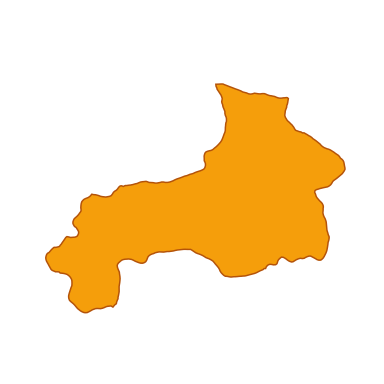 outline of VIII-2 Lower Potaro/Ladsm, Potaro-Siparuni, Guyana, rotated 261°
{"feature_id": "73187651B19999842805850", "entity_name": "VIII-2 Lower Potaro/Ladsm", "entity_type": "district", "adm_level": 2, "iso_a3": "GUY", "parent_name": "Guyana", "parent_adm1": "Potaro-Siparuni", "projection": "robinson", "projection_center": [-59.037, 4.863], "detail": "fine", "context": "isolated", "style": "filled", "palette": "amber", "viewbox_px": 384, "rotation_deg": 261, "n_neighbors": 0, "source": "geoboundaries", "source_scale": "gbopen_adm2", "svg_char_len": 6029}
<svg xmlns="http://www.w3.org/2000/svg" viewBox="0 0 384 384"><g transform="rotate(261 192 192)"><path d="M205.5,92.7L203.8,90.7L202.8,88.7L202.1,85.5L201.5,83.9L200.6,82.7L199.7,81.7L198.2,80.9L196.4,80.3L195.1,80.0L193.7,79.7L192.3,79.7L190.8,79.5L189.6,78.6L188.7,77.6L187.5,76.5L186.0,74.6L184.1,71.6L182.6,70.5L181.0,69.7L179.4,69.5L177.7,70.0L176.3,70.6L175.1,72.0L171.6,73.5L170.2,73.8L168.7,73.4L167.4,72.6L166.2,71.5L165.7,69.5L165.9,67.4L166.1,64.9L166.9,63.2L167.5,61.5L166.8,60.2L165.4,58.9L163.6,57.2L162.2,55.8L161.1,54.9L160.0,53.5L159.0,52.6L158.7,50.7L158.6,48.9L158.9,47.1L158.2,45.8L157.1,44.2L155.8,42.7L154.6,41.3L154.1,39.8L153.1,38.7L151.4,37.8L150.0,37.3L148.7,37.2L146.8,37.4L145.0,38.0L143.2,38.7L141.4,39.3L139.8,39.9L137.6,40.7L136.5,41.6L134.5,44.8L134.3,46.3L133.9,48.1L132.6,49.1L132.1,51.0L131.5,52.9L130.9,54.3L130.1,55.8L128.9,57.0L127.7,58.0L126.3,58.7L124.8,59.3L123.2,59.5L121.5,59.3L120.1,59.1L118.3,58.7L116.5,57.6L111.2,54.9L109.1,54.0L107.6,53.7L105.9,53.7L104.1,54.1L102.6,55.2L101.4,56.3L100.1,57.4L98.7,58.4L96.0,60.0L94.7,60.8L92.0,63.3L91.1,64.4L90.0,66.1L89.5,67.5L89.3,69.6L90.0,71.9L90.7,73.8L91.3,75.3L91.6,76.9L91.9,78.4L91.8,80.2L91.1,83.4L91.2,85.4L91.6,87.4L92.1,89.0L92.3,90.7L92.2,92.7L92.1,94.2L90.7,95.9L92.5,97.9L93.5,99.8L95.0,100.3L96.8,101.3L98.1,102.2L99.7,102.5L101.6,103.3L104.8,104.4L106.6,104.7L110.0,105.2L113.7,106.4L115.5,106.9L117.6,107.4L119.8,107.6L122.9,107.6L124.2,107.7L125.9,107.3L127.4,106.9L129.2,106.6L131.1,106.6L132.4,107.3L133.5,108.4L134.6,110.1L135.6,111.8L136.0,113.3L136.1,115.3L135.9,117.1L135.8,118.7L135.4,120.2L134.8,121.9L133.6,123.7L132.5,125.1L131.6,126.6L130.4,128.7L129.7,130.3L129.4,132.4L129.8,134.2L130.5,135.5L131.7,136.5L133.0,137.3L134.6,138.2L135.7,139.4L136.6,141.2L137.0,142.8L137.2,144.5L137.7,146.0L137.9,148.0L138.0,150.2L137.1,154.6L137.1,156.4L137.1,158.0L136.8,160.1L136.7,164.4L136.9,166.3L137.0,168.3L136.8,172.4L136.7,174.5L136.5,176.2L136.1,178.2L135.8,179.9L135.5,181.7L134.5,182.9L132.9,184.6L131.4,186.2L130.3,188.0L129.6,189.4L128.6,191.1L127.5,192.7L126.3,194.1L125.1,195.4L124.2,196.9L123.3,198.5L122.1,200.1L120.6,201.8L118.7,203.0L117.2,203.8L115.5,204.9L113.1,206.3L111.3,207.0L109.5,207.4L107.7,208.2L106.1,209.3L104.8,210.3L103.6,211.7L103.2,213.5L102.4,215.6L101.9,217.2L101.8,219.7L101.5,222.0L101.4,223.6L101.3,225.5L101.1,227.6L101.0,229.3L100.8,231.2L100.9,232.7L101.3,236.1L101.8,241.2L102.2,243.0L103.5,246.9L104.2,249.9L105.1,251.3L104.9,252.7L106.4,253.6L107.4,254.7L108.2,256.1L108.4,257.7L108.0,259.3L107.3,261.1L107.1,263.3L107.9,264.7L109.2,265.4L110.7,266.1L111.7,267.0L112.9,268.7L113.7,270.2L113.2,272.0L112.2,273.3L111.1,274.5L110.1,275.4L108.8,276.8L108.0,278.0L107.3,279.4L107.3,280.9L108.2,283.0L108.8,284.4L109.4,286.8L109.6,288.7L109.0,290.5L109.0,292.4L109.6,293.9L110.1,295.6L110.4,297.6L110.1,299.3L109.0,300.7L107.9,302.2L106.7,303.7L105.6,305.0L104.8,306.7L104.6,308.6L105.4,310.1L106.4,311.4L107.8,312.6L110.6,314.6L112.3,315.6L113.6,316.2L116.4,317.2L119.3,318.1L120.9,318.5L122.2,319.2L123.6,319.8L125.3,320.3L126.7,320.4L128.4,319.9L130.4,319.7L133.2,319.3L140.4,319.8L142.0,319.8L143.8,319.5L145.1,319.2L146.4,318.7L147.9,318.3L149.3,318.1L150.9,318.0L153.7,318.7L155.1,318.9L156.7,319.4L158.4,319.4L160.3,318.8L161.5,318.1L162.9,317.0L164.1,316.2L166.7,314.6L168.1,314.0L170.9,313.6L172.4,313.1L174.2,313.7L174.9,315.3L175.1,317.2L175.4,318.7L175.7,322.6L175.8,324.6L175.9,326.7L176.4,328.2L177.3,329.9L178.5,331.2L180.2,332.5L181.1,333.6L182.8,337.0L185.8,342.0L186.6,343.3L187.8,344.5L189.2,345.8L190.6,346.7L192.3,346.8L193.8,346.7L195.4,346.7L197.9,346.6L199.5,346.1L200.9,345.2L202.2,343.9L203.7,343.3L205.2,342.4L207.7,339.7L209.0,338.5L211.2,336.0L212.1,334.9L212.9,333.6L213.5,332.2L215.2,329.4L216.4,328.1L217.6,327.0L219.3,326.0L220.5,324.9L223.4,322.3L224.8,320.8L225.8,319.7L227.0,318.9L228.4,317.5L229.3,316.2L230.7,314.7L231.7,313.4L232.9,311.9L233.1,310.3L234.2,309.1L234.9,307.3L236.8,303.9L238.4,303.2L240.1,302.6L243.0,301.0L244.1,300.0L245.4,299.2L246.6,298.1L248.1,297.1L249.9,296.4L251.1,295.9L253.2,295.6L256.2,296.5L257.5,296.8L259.3,297.8L260.8,298.7L262.5,299.1L264.0,300.0L265.3,300.5L267.5,301.2L269.2,301.8L270.2,301.0L270.5,300.0L270.5,298.4L270.7,296.9L270.7,295.3L270.9,293.5L271.5,291.8L272.3,290.3L273.4,288.6L273.9,287.2L274.6,285.4L275.1,283.7L276.2,281.6L277.2,280.1L277.9,278.7L278.2,276.6L278.2,274.9L278.5,273.3L279.8,269.2L279.5,266.9L279.5,265.2L280.1,263.3L281.3,261.4L282.9,257.7L284.1,256.2L286.0,253.0L287.2,250.7L288.3,248.9L289.2,247.3L290.1,245.7L292.1,242.3L293.0,240.7L293.8,239.5L294.1,237.9L294.4,234.9L294.7,232.4L292.4,232.3L291.0,232.8L289.5,232.9L288.1,233.6L286.3,234.4L284.5,235.2L283.2,235.8L281.4,236.2L279.8,236.5L278.3,236.1L276.7,235.5L275.2,235.5L273.6,235.9L272.1,235.9L270.6,236.1L269.1,236.5L266.3,237.1L264.6,236.8L262.6,236.9L260.7,237.4L259.3,237.5L257.6,237.3L256.2,237.0L255.0,236.3L253.4,235.8L252.0,235.5L250.7,235.1L247.5,234.5L245.8,233.8L244.4,232.9L241.1,231.1L239.6,230.2L238.2,229.3L236.7,227.9L234.8,225.6L233.0,223.1L231.8,221.0L230.7,219.3L230.1,217.5L230.0,215.5L229.8,213.7L229.4,212.1L228.5,211.0L227.3,210.3L225.6,209.6L223.8,209.4L220.9,209.0L219.3,209.5L217.8,209.7L215.9,209.4L214.0,208.5L212.7,207.2L212.1,205.3L211.7,203.8L211.1,199.8L210.7,197.9L210.1,196.0L209.9,194.4L209.8,192.9L209.4,191.3L209.0,189.6L208.8,187.1L208.2,184.5L207.7,182.0L207.3,179.4L206.7,177.0L206.0,175.0L205.6,173.0L205.3,171.4L205.3,169.5L205.6,167.3L206.3,165.4L206.6,163.5L206.4,162.0L206.3,158.9L206.6,157.0L207.3,155.1L207.8,152.8L208.2,151.0L209.0,149.7L209.7,148.3L209.8,146.1L209.9,144.7L209.9,142.8L209.5,141.0L209.0,139.1L208.9,137.1L208.6,134.7L208.5,132.4L208.6,130.1L208.6,128.6L208.8,127.0L208.2,124.9L209.1,123.6L209.2,122.0L208.2,120.4L206.7,119.0L205.6,117.6L205.0,116.0L204.0,114.4L202.2,112.9L201.0,111.5L200.6,109.9L200.5,106.1L200.9,104.6L201.5,102.5L202.1,100.9L203.0,99.4L203.7,97.9L204.4,96.2L204.8,94.3L205.5,92.7Z" fill="#f59e0b" stroke="#b45309" stroke-width="1.5"/></g></svg>